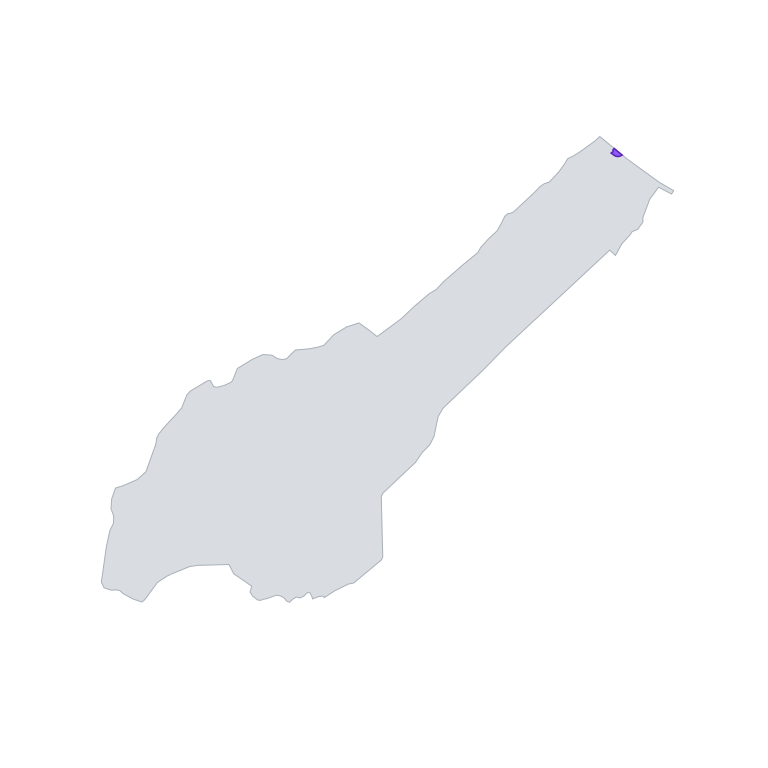 Littoral highlighted on a map of Benin, rotated 227°
{"feature_id": "BEN-2175", "entity_name": "Littoral", "entity_type": "Department", "adm_level": 1, "iso_a3": "BEN", "parent_name": "Benin", "parent_adm1": "", "projection": "equal_earth", "projection_center": [2.438, 6.366], "detail": "fine", "context": "in_parent", "style": "filled", "palette": "violet", "viewbox_px": 768, "rotation_deg": 227, "n_neighbors": 0, "source": "natural_earth", "source_scale": "10m", "svg_char_len": 2124}
<svg xmlns="http://www.w3.org/2000/svg" viewBox="0 0 768 768"><g transform="rotate(227 384 384)"><path d="M327.8,727.7L326.8,723.9L340.7,719.0L337.8,704.2L329.2,686.9L325.8,683.7L324.1,675.0L326.2,669.4L325.2,665.5L324.4,653.8L320.2,640.9L328.0,640.4L328.0,598.8L328.0,558.9L328.1,524.9L328.1,498.0L326.6,465.9L326.4,442.2L326.1,411.1L323.3,401.4L311.6,384.9L308.4,376.4L307.8,365.1L305.2,353.4L305.1,333.1L304.9,309.4L303.9,305.6L291.2,294.3L273.2,278.3L259.4,266.1L258.4,265.2L257.1,262.2L259.1,226.2L262.0,221.5L266.4,206.7L268.5,194.7L270.5,194.8L273.3,190.9L275.5,185.2L277.9,186.4L281.9,187.5L283.7,185.5L283.5,181.1L284.8,176.6L288.0,174.6L288.8,170.6L288.8,166.0L291.6,164.8L296.2,165.0L300.0,163.5L303.0,161.2L306.9,151.9L309.1,148.6L309.8,146.3L312.1,144.3L318.2,143.3L323.2,144.1L326.3,149.4L347.6,144.7L357.7,147.5L378.4,124.1L383.1,117.2L389.4,100.6L391.5,94.3L393.4,83.0L389.4,62.0L389.6,58.3L398.1,53.7L408.7,50.2L412.9,50.0L415.6,48.2L419.5,43.7L425.8,40.3L429.5,41.4L431.8,42.1L454.2,69.8L463.9,83.8L466.5,91.0L471.6,96.2L479.0,99.3L485.7,106.5L491.0,116.6L487.6,123.8L482.4,138.5L482.2,150.0L494.7,174.3L496.1,176.8L499.3,180.6L501.1,185.1L502.6,197.1L503.5,210.6L504.5,219.7L510.5,232.5L510.9,237.6L506.8,256.7L505.8,258.7L504.7,259.3L498.2,257.6L495.4,259.7L491.9,266.2L489.8,272.7L489.7,275.4L495.4,287.4L491.8,304.7L488.1,315.6L481.5,321.7L475.5,323.2L471.4,326.1L468.9,329.9L469.3,342.3L460.5,353.6L455.7,361.5L453.3,366.3L454.3,380.9L451.2,395.7L445.8,407.3L433.6,409.8L423.4,411.3L420.0,441.0L420.1,459.8L419.2,479.0L417.5,486.8L418.2,497.8L417.4,522.7L416.1,542.4L417.9,547.7L418.9,559.2L418.9,571.2L421.5,579.5L424.3,586.8L424.2,590.5L422.7,592.8L421.5,595.9L421.5,624.1L422.0,632.5L421.2,637.8L419.0,642.3L419.9,656.5L421.7,665.6L423.5,672.3L421.7,677.9L420.2,685.3L417.9,704.1L417.8,710.6L383.0,715.2L344.0,722.8L327.8,727.7Z" fill="#d9dde1" stroke="#a8b0b8" stroke-width="1"/><path d="M399.3,713.0L389.0,714.3L389.8,711.6L390.8,710.2L392.3,709.0L394.1,708.3L398.0,707.6L397.7,710.0L398.3,710.7L398.7,710.8L399.1,711.1L399.3,713.0Z" fill="#8b5cf6" stroke="#5b21b6" stroke-width="1.5"/></g></svg>